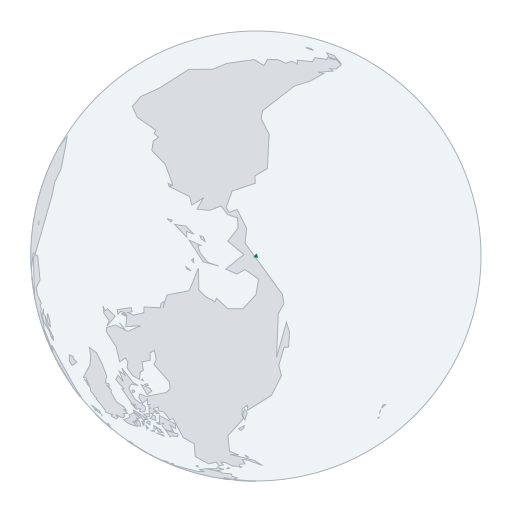 Retalhuleu highlighted on a globe, orthographic projection, rotated 215°
{"feature_id": "GTM-1946", "entity_name": "Retalhuleu", "entity_type": "Department", "adm_level": 1, "iso_a3": "GTM", "parent_name": "Guatemala", "parent_adm1": "", "projection": "orthographic", "projection_center": [-91.761, 14.429], "detail": "fine", "context": "on_globe", "style": "filled", "palette": "teal", "viewbox_px": 512, "rotation_deg": 215, "n_neighbors": 0, "source": "natural_earth", "source_scale": "10m", "svg_char_len": 8569}
<svg xmlns="http://www.w3.org/2000/svg" viewBox="0 0 512 512"><g transform="rotate(215 256 256)"><circle cx="256" cy="256" r="225" fill="#eef3f6" stroke="#a8b0b8"/><path d="M308.3,278.4L303.0,276.3L298.2,283.3L279.6,273.3L272.3,260.3L212.5,239.7L205.7,232.8L204.8,221.7L181.1,184.9L193.1,219.3L184.6,212.5L177.1,200.1L180.6,197.3L174.6,179.5L166.5,172.5L163.4,150.9L174.4,124.8L177.4,129.0L179.7,122.9L176.0,117.6L173.0,115.7L175.9,92.6L165.8,80.9L156.0,83.1L163.4,78.6L140.3,87.6L130.6,88.1L145.7,84.1L150.4,81.3L145.8,79.5L149.6,76.3L149.6,73.9L154.6,70.5L163.0,69.2L166.4,67.2L163.0,66.2L165.8,62.7L170.3,64.3L175.7,58.6L190.8,56.9L198.9,66.8L211.4,65.5L230.5,75.2L232.8,72.4L241.6,75.3L247.5,73.3L249.4,76.3L252.5,72.3L249.7,69.9L250.1,67.5L253.4,66.3L256.3,69.8L255.1,70.9L257.7,71.3L257.7,73.6L259.5,71.8L262.7,76.6L264.4,70.3L271.0,72.9L271.8,76.5L265.4,78.0L251.3,92.6L250.1,98.0L254.9,103.3L277.2,108.6L278.5,114.2L285.0,120.4L287.2,116.0L282.9,109.8L288.6,103.9L282.7,97.7L284.2,94.6L280.7,88.1L288.1,87.3L297.1,90.2L300.4,95.8L304.5,97.5L306.9,91.1L318.4,101.4L335.2,108.3L337.4,111.6L331.8,118.8L317.7,120.8L310.4,132.8L322.1,123.5L327.4,132.9L331.2,134.2L335.0,133.1L335.7,129.1L339.0,132.4L328.6,142.1L325.5,139.3L328.8,136.0L322.2,137.4L315.3,145.2L318.5,150.0L304.6,158.8L306.7,162.6L304.9,167.0L302.4,160.2L306.6,173.0L290.8,189.3L296.2,212.9L283.3,195.3L274.2,193.8L263.4,194.9L264.1,198.7L248.9,196.6L236.4,205.3L233.8,224.3L240.6,238.6L257.3,238.5L261.4,230.2L273.2,227.9L266.7,250.2L287.6,252.1L286.6,268.5L292.9,276.6L302.9,273.7L313.4,276.9L320.1,266.8L331.3,260.5L332.3,273.7L337.8,261.0L344.5,266.6L366.3,263.3L364.8,266.5L383.3,279.2L401.7,282.6L406.1,291.2L404.0,297.5L410.0,297.9L410.1,301.6L432.8,301.6L443.1,307.6L441.8,320.6L431.5,338.1L418.0,370.4L398.3,384.4L390.5,396.8L370.3,415.8L358.7,416.6L359.3,423.8L350.5,429.4L342.2,430.9L338.4,436.2L332.2,437.1L334.7,440.0L321.3,447.5L321.4,452.2L310.8,457.7L311.1,460.2L308.3,460.4L304.5,461.6L303.1,463.1L295.9,461.4L297.4,455.4L302.6,451.9L298.9,451.7L310.3,442.3L305.2,444.4L312.0,430.3L322.0,417.4L334.0,378.9L330.6,371.4L315.2,363.4L296.9,334.2L302.8,321.0L298.3,315.2L312.8,295.5L308.3,278.4ZM64.6,208.6L65.9,203.4L66.7,207.1L64.6,208.6ZM65.6,200.0L65.4,201.8L65.4,200.3L65.6,200.0ZM64.9,198.7L65.4,199.7L64.6,199.1L64.9,198.7ZM63.7,197.7L64.4,198.0L63.7,197.7ZM296.0,221.0L319.8,230.6L307.3,233.1L309.5,230.8L303.3,226.5L292.0,223.1L280.7,226.4L296.0,221.0ZM62.6,194.4L62.4,193.5L63.2,193.3L62.6,194.4ZM304.5,207.1L300.5,206.5L304.3,206.1L304.5,207.1ZM171.1,115.5L175.5,117.9L177.5,124.2L173.3,122.5L171.1,115.5ZM168.0,104.6L171.2,104.4L168.3,110.2L167.4,108.5L168.0,104.6ZM148.1,85.8L151.0,86.7L146.9,87.0L148.1,85.8ZM148.7,74.2L146.7,75.1L147.6,73.5L148.7,74.2ZM276.9,89.2L278.8,88.7L278.4,90.1L276.9,89.2ZM273.6,87.0L271.9,89.0L270.1,88.3L271.2,87.0L273.6,87.0ZM156.0,67.0L158.0,64.6L157.4,66.8L156.0,67.0ZM276.2,84.7L267.1,86.8L263.9,85.6L265.5,80.0L276.2,84.7ZM160.1,63.0L164.9,57.7L160.8,59.0L175.2,53.0L166.3,59.1L166.2,61.4L163.6,61.3L160.1,63.0ZM247.4,69.7L250.6,72.1L244.9,71.3L247.4,69.7ZM243.7,69.9L225.7,72.1L222.7,68.4L229.3,68.2L222.9,64.8L230.3,61.8L235.4,63.0L235.9,65.9L238.4,62.7L243.7,69.9ZM182.4,50.8L184.8,49.6L183.9,50.7L182.4,50.8ZM249.9,66.5L246.5,67.1L243.6,63.8L249.8,62.2L248.8,63.7L249.9,66.5ZM217.7,65.5L216.6,63.1L222.3,60.0L222.6,58.7L230.2,61.5L217.7,65.5ZM251.1,63.8L253.1,61.5L257.4,62.0L253.0,65.8L251.1,63.8ZM240.3,63.8L239.2,62.3L241.8,62.5L240.3,63.8ZM273.8,63.5L269.8,63.8L268.0,62.1L273.8,63.5ZM253.5,60.6L252.0,60.4L250.8,59.9L253.0,58.5L253.5,60.6ZM233.7,59.2L236.2,58.6L230.9,57.9L234.9,55.9L239.2,58.2L239.0,56.4L240.3,55.8L242.4,58.5L233.7,59.2ZM251.7,55.7L258.5,58.6L266.3,58.2L268.1,59.6L255.3,60.1L251.7,55.7ZM246.0,57.0L249.9,56.5L250.3,58.3L247.8,59.8L246.0,57.0ZM236.1,53.8L228.8,56.3L228.1,55.7L236.1,53.8ZM253.8,55.2L252.1,54.5L254.4,54.9L253.8,55.2ZM241.4,53.7L239.0,54.5L238.2,53.9L241.4,53.7ZM250.8,52.7L253.0,53.5L251.4,54.5L250.8,52.7ZM246.5,52.8L246.1,51.7L249.5,54.3L245.5,53.3L246.5,52.8ZM241.2,52.9L239.9,52.8L242.3,52.7L241.2,52.9ZM255.6,48.9L260.3,51.9L256.8,53.9L252.7,50.6L255.6,48.9ZM307.0,465.1L296.0,462.3L302.6,463.5L309.7,460.7L314.5,463.0L307.0,465.1ZM326.8,457.4L333.5,455.3L334.4,455.8L329.9,457.5L326.8,457.4ZM408.2,89.9L407.9,89.7L412.8,94.2L412.8,94.3L417.4,98.8L414.3,96.0L420.0,103.5L436.7,126.0L438.0,130.8L434.8,130.7L419.2,112.6L418.0,104.1L412.4,98.6L404.6,94.0L404.8,92.1L401.5,89.5L400.2,86.6L390.4,77.8L387.9,74.8L376.4,67.3L373.5,65.1L381.2,70.0L385.1,72.2L378.3,66.8L393.7,77.7L408.2,89.9ZM368.9,61.1L367.4,60.2L368.9,61.1ZM361.3,56.9L360.5,56.4L359.7,56.0L361.3,56.9ZM355.1,53.7L357.4,54.9L349.3,51.3L340.4,47.3L338.6,46.8L353.2,53.4L358.2,55.8L361.2,57.1L375.7,65.4L379.9,68.4L367.9,62.1L372.4,66.0L361.1,60.3L328.6,44.3L319.0,40.5L319.3,39.8L328.5,42.7L329.2,43.0L330.0,43.2L355.1,53.7ZM255.6,30.7L242.7,31.3L231.9,32.1L233.5,31.8L255.6,30.7ZM230.2,32.2L216.1,34.4L205.4,36.5L207.2,36.1L199.9,38.1L203.2,37.3L203.5,37.4L186.3,43.8L180.5,45.9L175.1,49.7L176.0,49.7L180.0,48.3L175.2,53.0L160.8,59.0L159.4,58.6L151.3,63.3L149.4,61.9L144.0,63.4L146.6,60.2L142.2,62.2L139.5,64.0L131.4,68.6L126.7,71.5L138.3,63.9L141.8,61.8L155.1,56.2L150.7,57.4L155.2,55.2L155.8,54.5L152.4,56.0L149.8,57.4L152.0,56.1L166.9,49.1L182.2,43.1L197.9,38.3L214.0,34.7L230.2,32.2ZM480.1,232.7L479.3,245.5L476.3,239.6L465.6,215.4L463.4,201.4L457.7,188.3L438.3,131.8L440.2,130.7L431.6,114.9L441.3,127.9L450.0,141.4L457.7,155.6L464.3,170.3L469.9,185.4L474.4,200.9L477.8,216.7L480.1,232.7ZM451.9,156.7L454.1,160.7L451.9,156.7ZM366.9,263.0L369.6,265.2L366.3,265.7L366.9,263.0ZM306.0,238.7L310.8,238.6L313.5,240.5L309.9,241.4L306.0,238.7ZM345.1,235.1L350.4,235.6L345.1,237.3L345.1,235.1ZM323.5,231.7L340.9,235.2L330.7,240.2L319.6,238.2L327.0,236.3L323.5,231.7ZM303.3,214.9L306.4,215.7L305.8,218.1L303.3,214.9ZM307.3,206.9L306.2,207.2L304.4,205.3L307.3,206.9ZM328.0,132.3L329.0,131.7L333.0,131.5L331.6,133.3L328.0,132.3ZM347.8,121.9L352.7,127.4L348.2,124.4L347.3,127.6L336.8,125.9L338.0,113.2L339.3,119.0L347.8,121.9ZM323.1,121.0L329.6,122.9L322.5,121.3L323.1,121.0ZM384.1,80.2L386.3,80.5L390.7,83.9L393.8,89.5L387.5,84.3L384.1,80.2ZM388.4,80.2L375.7,73.4L373.2,70.3L376.8,73.1L376.4,71.7L382.0,75.9L392.1,80.3L396.7,83.8L400.0,91.0L396.4,86.4L394.5,86.2L388.4,80.2ZM347.5,67.5L341.9,66.2L343.8,60.9L348.7,62.9L352.2,68.0L348.3,68.8L347.5,67.5ZM280.6,75.2L278.4,76.1L277.5,75.0L278.8,73.3L280.6,75.2ZM272.1,63.8L289.6,70.2L287.9,71.5L300.1,74.5L300.5,79.2L292.5,77.0L302.0,83.3L294.9,83.2L301.8,87.3L284.1,81.8L278.1,82.4L284.6,79.7L284.5,75.2L282.6,73.5L272.9,69.3L260.1,69.2L257.9,65.4L259.7,62.6L262.5,62.1L263.1,64.6L266.3,62.0L269.3,65.4L272.1,63.8ZM283.0,41.9L282.4,43.7L289.5,41.9L292.5,44.0L293.1,43.7L297.8,45.4L304.6,47.1L305.0,48.2L307.5,48.4L310.6,49.8L314.1,50.6L316.1,53.0L320.5,54.3L318.9,54.8L326.1,56.5L321.6,56.4L325.3,58.6L327.7,57.5L329.7,71.9L334.0,79.1L340.0,85.5L331.5,85.3L320.5,79.6L309.5,72.1L306.6,65.6L303.3,67.1L301.0,64.6L304.5,64.5L297.6,63.2L296.6,61.2L286.8,56.5L277.4,56.7L273.6,55.2L276.8,54.2L270.8,53.6L274.2,50.8L271.6,49.9L272.3,46.6L280.0,45.7L276.4,44.7L276.8,42.6L283.0,41.9ZM256.1,47.9L264.6,45.6L270.4,45.9L266.7,51.7L268.6,52.9L266.5,57.3L258.1,57.0L259.5,55.7L258.9,54.4L261.7,55.0L259.0,53.6L260.8,51.9L259.2,50.4L262.4,50.0L256.1,47.9ZM423.6,105.7L422.4,104.2L427.2,109.6L427.9,110.5L423.6,105.7ZM417.6,99.2L421.9,103.7L420.0,101.9L417.6,99.2ZM379.6,68.7L377.8,67.2L379.2,68.0L382.1,70.0L379.6,68.7ZM304.6,39.4L303.4,39.8L301.9,39.4L295.5,39.2L292.9,38.0L295.6,37.6L304.6,39.4ZM300.6,38.0L298.3,38.0L298.4,37.4L300.6,38.0ZM290.6,37.1L290.0,36.4L291.8,37.8L290.6,37.1ZM296.9,34.5L287.3,33.0L274.4,31.5L286.2,32.8L290.2,33.3L296.9,34.5ZM246.8,31.1L246.0,31.5L243.0,31.5L242.8,31.5L246.8,31.1ZM248.7,31.2L254.1,31.5L251.4,31.9L247.7,31.5L248.7,31.2ZM277.8,33.4L281.5,33.7L281.3,34.1L277.8,33.4ZM183.0,49.7L184.6,49.6L182.1,50.5L183.0,49.7ZM205.5,37.0L205.4,37.2L202.5,37.9L205.5,37.0ZM203.8,38.5L207.2,37.5L204.6,38.5L203.8,38.5ZM214.6,35.5L209.0,37.1L212.9,35.6L214.6,35.5Z" fill="#d9dde1" stroke="#a8b0b8" stroke-width="1"/><path d="M256.4,257.2L256.0,257.0L255.4,256.6L254.9,256.1L254.5,255.8L254.6,255.7L254.8,255.7L255.0,255.6L255.3,255.7L255.5,255.7L255.8,255.4L255.9,255.2L256.0,255.0L256.0,254.9L256.3,254.8L256.2,255.0L256.3,255.1L256.5,255.0L256.6,254.9L256.8,254.9L257.0,254.9L256.8,255.0L256.7,255.1L256.7,255.3L256.6,255.6L256.6,255.9L256.6,256.0L256.6,256.3L256.5,256.6L256.5,256.8L256.4,257.0L256.4,257.2Z" fill="#14b8a6" stroke="#0f766e" stroke-width="1.5"/></g></svg>